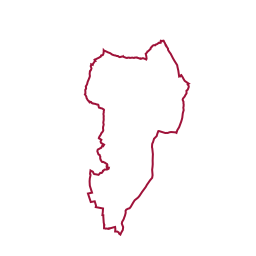 Topliceni, Buzau, Romania, rotated 48°
{"feature_id": "2599482B88464222804785", "entity_name": "Topliceni", "entity_type": "district", "adm_level": 2, "iso_a3": "ROU", "parent_name": "Romania", "parent_adm1": "Buzau", "projection": "equal_earth", "projection_center": [26.955, 45.438], "detail": "fine", "context": "isolated", "style": "outline", "palette": "rose", "viewbox_px": 256, "rotation_deg": 48, "n_neighbors": 0, "source": "geoboundaries", "source_scale": "gbopen_adm2", "svg_char_len": 5528}
<svg xmlns="http://www.w3.org/2000/svg" viewBox="0 0 256 256"><g transform="rotate(48 128 128)"><path d="M190.0,209.9L189.9,209.5L190.1,209.3L189.9,209.2L191.1,207.4L192.2,205.1L192.9,203.8L194.5,204.9L195.3,205.7L196.3,206.8L197.9,205.2L198.3,205.1L199.5,204.8L200.7,205.3L202.1,205.0L201.2,203.0L200.3,200.1L198.4,197.9L194.9,196.6L193.8,195.1L192.9,192.3L192.0,190.7L191.1,188.9L189.5,186.5L187.9,185.2L187.5,183.9L188.1,181.7L188.7,180.6L188.4,178.7L186.9,174.1L186.2,171.5L186.2,170.9L186.4,167.8L186.4,166.8L186.1,164.8L184.9,160.2L183.7,154.3L182.9,152.0L181.6,146.5L181.2,143.4L179.5,141.3L175.2,138.0L173.3,135.8L171.5,133.9L168.6,131.4L165.5,128.4L164.2,127.1L159.4,123.6L158.3,123.0L156.6,121.3L155.7,120.2L155.5,119.3L153.4,115.8L153.2,112.1L152.1,110.4L150.6,107.6L150.9,107.1L156.4,103.8L157.0,103.3L157.4,102.7L158.1,102.0L158.4,101.5L158.9,100.1L159.8,98.7L162.3,96.3L163.0,95.8L162.9,95.7L163.0,95.5L164.0,95.2L162.6,92.8L161.8,90.1L161.5,89.2L161.1,88.5L158.8,84.1L157.7,82.3L156.7,80.8L155.9,79.9L153.7,77.4L152.0,74.7L149.8,73.2L149.2,72.3L147.8,70.9L146.5,70.1L145.8,69.3L143.8,68.6L143.4,68.3L142.9,67.4L142.5,64.7L142.0,63.6L141.5,61.6L141.4,61.3L139.4,59.6L139.5,58.2L139.3,57.6L138.2,55.5L137.8,55.1L137.1,54.7L136.8,54.6L135.5,54.6L135.4,54.5L135.3,54.4L135.3,54.1L135.6,53.2L131.5,54.2L130.8,54.3L129.1,54.0L127.2,53.5L124.3,53.0L124.2,53.4L124.4,53.7L124.4,54.1L124.6,54.3L124.6,54.5L124.4,54.5L124.3,54.9L124.0,55.1L123.9,55.5L119.0,52.2L115.6,50.3L114.2,49.4L109.0,48.5L106.2,47.9L101.3,46.6L100.1,46.5L99.7,46.5L98.8,46.3L97.3,46.1L96.5,45.8L95.9,45.2L93.4,44.8L92.5,44.5L92.5,44.8L91.5,44.6L91.0,44.4L90.1,43.9L88.1,43.5L87.0,43.1L86.8,43.2L86.7,43.3L86.5,43.9L86.4,44.0L86.2,44.2L86.2,44.8L85.9,45.0L85.5,45.0L85.1,45.2L85.2,45.5L85.4,45.8L85.9,45.8L86.2,46.3L86.5,46.7L86.4,46.8L85.6,48.0L85.3,48.1L85.3,48.3L85.2,48.6L85.2,49.8L84.8,51.2L84.6,51.4L84.5,51.9L84.7,52.5L83.9,53.2L83.5,53.8L83.4,54.9L83.5,55.7L83.6,56.2L83.5,56.3L83.7,56.8L83.7,57.5L83.9,57.9L84.0,58.1L84.3,58.3L84.4,61.0L84.4,61.8L84.2,62.3L84.3,62.4L84.7,64.1L84.7,65.2L86.8,66.3L88.9,67.8L89.3,68.6L87.5,69.4L86.2,70.1L85.9,70.5L85.7,71.0L85.4,71.6L84.9,71.9L85.1,72.3L84.8,72.6L84.2,72.8L83.8,73.1L83.5,73.1L82.4,73.9L81.8,74.0L81.3,74.4L81.2,74.9L80.4,75.5L80.2,75.8L80.1,76.4L79.9,76.7L78.6,77.7L78.3,78.1L77.4,79.4L77.2,79.7L76.4,80.1L76.1,80.5L75.7,80.9L75.4,81.7L74.8,82.3L73.9,82.8L73.1,83.2L72.3,83.6L71.7,83.8L71.4,83.7L71.4,84.1L70.7,84.9L70.6,85.3L70.2,85.9L70.0,86.4L69.6,86.9L69.1,87.0L68.4,87.3L67.8,87.3L66.8,88.3L65.7,88.8L64.8,89.6L64.0,90.0L63.0,90.6L62.7,90.7L61.8,90.8L61.3,91.0L60.4,91.2L57.9,92.5L56.9,92.8L56.0,93.3L55.6,93.4L54.5,94.0L53.9,94.0L54.5,94.6L55.1,94.8L55.5,95.6L56.2,96.3L56.8,97.5L56.9,97.8L56.9,98.2L56.1,99.2L56.1,99.3L56.1,99.5L56.7,100.4L56.7,100.7L56.4,101.7L56.3,102.6L55.7,104.5L55.5,105.5L54.9,106.8L54.9,107.3L56.4,107.4L56.2,107.9L56.3,108.5L56.9,111.1L57.5,112.0L56.0,112.7L56.5,113.2L56.8,113.7L56.9,114.1L57.2,114.4L59.2,115.2L59.6,115.8L59.8,116.3L60.2,117.0L60.3,117.2L60.1,117.8L60.6,118.5L60.7,118.8L61.4,119.4L62.0,120.2L63.8,121.5L64.3,122.1L64.6,122.8L64.9,123.1L65.1,123.9L65.5,124.4L65.7,125.0L65.9,125.3L66.4,126.5L67.0,127.6L67.4,128.0L67.5,128.3L68.1,129.1L68.7,130.8L68.8,131.5L69.5,131.9L70.1,132.4L70.4,132.5L70.5,132.6L70.8,133.0L70.8,133.4L71.1,134.3L71.5,134.6L72.5,135.4L73.9,136.6L74.1,137.5L75.7,137.7L76.8,138.0L78.1,138.8L79.0,138.9L79.4,139.1L80.0,139.2L81.0,139.3L81.6,139.0L81.9,139.2L83.3,139.4L83.5,138.8L83.5,138.3L84.1,138.0L84.7,138.2L85.5,138.1L86.0,137.9L86.1,137.6L87.3,137.0L87.7,136.5L88.7,135.9L89.6,135.5L90.4,134.7L90.9,134.6L91.5,134.8L92.2,135.3L92.6,135.6L93.5,135.9L94.3,135.3L94.8,135.2L95.0,135.0L96.1,134.2L98.1,133.6L98.6,133.8L99.4,134.9L100.2,135.6L100.9,136.6L101.3,137.0L103.0,138.1L103.5,138.8L103.8,139.0L105.1,140.1L105.7,140.6L107.4,142.7L108.3,143.3L109.0,143.6L110.0,144.9L110.3,145.5L111.3,146.6L113.0,147.8L113.3,148.1L113.5,148.5L114.0,150.2L114.0,150.3L113.9,150.5L114.1,151.6L114.6,152.4L114.9,153.5L115.0,153.9L115.1,154.1L115.2,154.8L116.0,156.5L116.5,156.5L116.7,156.4L117.9,155.9L119.0,155.7L119.5,157.1L119.8,157.5L121.0,158.0L123.8,157.1L124.4,156.9L124.7,157.9L124.9,158.7L124.0,159.1L124.8,161.1L124.8,161.3L124.5,161.8L124.3,163.1L123.8,164.9L124.7,166.3L127.8,167.6L128.0,167.6L128.9,167.1L129.3,167.4L130.3,167.6L130.7,167.7L131.3,168.4L132.4,169.3L132.7,169.3L132.9,169.3L133.5,169.7L133.8,169.6L134.6,169.9L135.9,170.0L136.1,169.9L136.4,169.3L136.7,169.0L138.9,168.3L138.9,168.2L140.1,168.0L140.7,167.7L141.6,168.0L141.8,168.3L142.2,168.6L142.1,168.8L142.4,168.9L142.3,169.0L142.6,169.1L142.7,169.3L142.6,169.5L142.9,169.8L142.8,170.0L143.6,170.3L144.0,170.4L144.3,170.3L144.4,170.0L144.4,169.5L144.7,169.6L144.9,169.5L145.0,169.2L145.3,169.6L145.0,171.0L144.8,171.3L144.5,171.8L143.2,173.2L143.2,174.1L143.1,174.8L143.0,175.1L143.4,175.3L143.8,177.6L143.6,177.9L142.8,178.6L142.9,179.1L143.1,181.2L140.6,183.1L140.1,183.6L139.4,184.0L139.0,184.0L137.1,183.4L136.9,183.4L136.4,183.5L135.6,184.0L134.5,184.3L136.8,187.0L137.7,187.2L138.2,187.7L139.9,190.1L141.9,192.2L145.1,194.8L146.0,195.3L152.0,198.0L149.9,201.6L158.1,205.2L160.2,201.8L164.1,203.6L164.6,204.1L165.2,204.9L171.1,200.4L173.8,203.2L175.6,205.3L175.7,205.2L176.3,204.7L177.4,205.7L182.0,209.3L183.7,210.3L183.9,210.5L184.2,210.7L184.3,210.6L184.5,210.8L184.4,211.0L184.9,211.3L185.1,211.6L186.5,212.9L186.9,212.5L187.7,212.1L188.0,211.6L188.6,211.0L189.3,210.5L190.0,209.9Z" fill="none" stroke="#9f1239" stroke-width="2"/></g></svg>